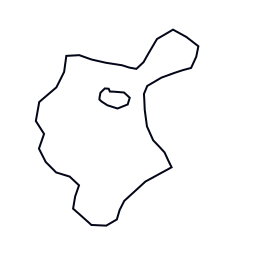 SVG path tracing the border of Xocalı, rotated 253°
{"feature_id": "AZE-1739", "entity_name": "Xocalı", "entity_type": "District", "adm_level": 1, "iso_a3": "AZE", "parent_name": "Azerbaijan", "parent_adm1": "", "projection": "albers", "projection_center": [46.729, 39.823], "detail": "fine", "context": "isolated", "style": "outline", "palette": "ink", "viewbox_px": 256, "rotation_deg": 253, "n_neighbors": 0, "source": "natural_earth", "source_scale": "10m", "svg_char_len": 946}
<svg xmlns="http://www.w3.org/2000/svg" viewBox="0 0 256 256"><g transform="rotate(253 128 128)"><path d="M149.7,151.7L140.4,149.3L124.0,146.6L108.8,148.5L101.5,152.2L94.0,155.8L87.6,156.7L85.9,156.9L77.7,158.2L71.7,129.0L59.4,103.1L52.0,96.0L43.8,90.6L41.0,78.6L46.0,64.6L48.6,63.1L57.0,58.0L66.9,51.9L77.9,57.4L87.5,64.4L98.6,58.0L106.5,46.3L119.5,39.4L134.3,36.8L146.9,46.0L161.6,41.9L178.8,50.7L185.6,66.3L187.8,71.4L194.6,77.9L200.3,83.3L215.0,90.1L211.9,102.7L204.7,112.4L203.6,114.1L196.7,126.2L196.1,127.5L189.7,140.7L185.3,147.1L182.1,153.3L186.4,162.1L192.9,168.9L204.6,181.7L208.9,199.8L197.9,210.5L185.6,219.2L176.2,214.1L167.0,205.9L167.3,197.2L167.1,188.0L166.4,174.7L162.6,158.7L155.9,153.2L149.7,151.7ZM156.4,138.5L163.1,134.6L166.6,125.8L168.2,121.3L171.2,121.0L172.6,117.4L169.8,112.0L165.9,109.9L163.6,109.0L161.0,110.5L155.7,115.0L149.7,123.7L150.6,134.6L156.4,138.5Z" fill="none" stroke="#020617" stroke-width="2"/></g></svg>